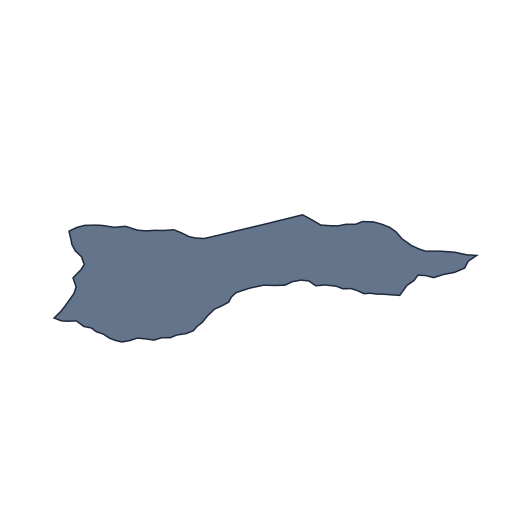 outline of Inúbia Paulista, São Paulo, Brazil, rotated 73°
{"feature_id": "56859067B74776499376394", "entity_name": "Inúbia Paulista", "entity_type": "district", "adm_level": 2, "iso_a3": "BRA", "parent_name": "Brazil", "parent_adm1": "São Paulo", "projection": "equal_earth", "projection_center": [-50.952, -21.726], "detail": "fine", "context": "isolated", "style": "filled", "palette": "slate", "viewbox_px": 512, "rotation_deg": 73, "n_neighbors": 0, "source": "geoboundaries", "source_scale": "gbopen_adm2", "svg_char_len": 1453}
<svg xmlns="http://www.w3.org/2000/svg" viewBox="0 0 512 512"><g transform="rotate(73 256 256)"><path d="M335.7,130.0L328.3,120.4L325.7,112.1L321.7,106.8L324.3,99.5L328.6,92.4L328.5,82.0L329.7,71.0L328.6,60.1L323.0,54.5L320.0,44.8L316.3,54.5L310.6,64.6L308.1,71.0L305.0,79.1L300.9,92.5L296.7,98.4L291.4,104.3L282.2,111.4L273.9,115.0L267.6,119.9L262.4,126.4L257.7,133.8L254.2,144.0L254.8,151.5L252.0,160.5L251.1,169.0L248.8,176.0L245.3,185.1L237.6,192.1L230.2,199.5L228.3,235.0L224.7,292.5L224.1,300.5L221.1,308.6L217.9,314.4L211.9,320.7L206.9,326.9L204.6,336.8L201.7,345.8L199.9,353.6L196.7,361.7L189.4,372.2L187.2,383.0L181.7,394.3L179.4,400.9L176.6,411.0L176.3,419.1L177.6,427.6L184.4,428.0L191.2,428.7L198.3,427.3L205.6,423.1L213.9,422.8L217.9,427.3L223.4,437.4L233.0,437.1L238.6,441.0L243.6,447.5L248.2,453.5L251.7,458.5L256.3,467.2L261.0,461.3L263.4,454.9L265.5,446.8L273.1,441.2L276.7,434.5L281.7,430.9L286.1,424.8L291.7,420.2L295.3,415.7L299.0,409.4L300.0,401.3L299.8,393.5L303.4,384.8L306.6,378.2L306.6,370.1L309.1,361.7L308.4,355.0L309.8,345.1L309.1,337.7L306.1,332.8L303.6,326.5L298.9,319.6L294.6,311.1L293.8,303.7L292.1,295.6L288.0,291.5L285.2,285.8L284.9,271.4L286.1,257.3L289.8,246.3L292.4,236.7L291.2,229.0L292.2,220.1L295.3,212.8L301.9,207.6L303.9,198.4L308.4,188.0L312.9,182.3L314.8,175.0L318.3,169.7L323.6,163.8L325.0,157.6L327.8,151.5L329.8,145.2L332.3,139.0L335.7,130.0Z" fill="#64748b" stroke="#1e293b" stroke-width="1.5"/></g></svg>